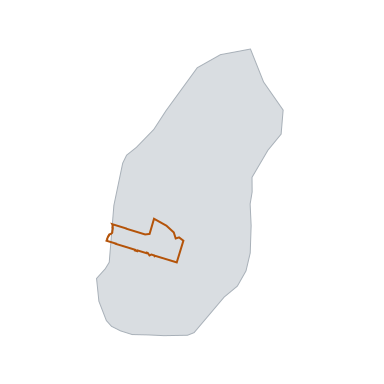 83, Ar Rayyān, Qatar (highlighted), rotated 17°
{"feature_id": "91078587B29732052080276", "entity_name": "83", "entity_type": "district", "adm_level": 2, "iso_a3": "QAT", "parent_name": "Qatar", "parent_adm1": "Ar Rayyān", "projection": "mercator", "projection_center": [50.853, 25.078], "detail": "fine", "context": "in_parent", "style": "outline", "palette": "amber", "viewbox_px": 384, "rotation_deg": 17, "n_neighbors": 0, "source": "geoboundaries", "source_scale": "gbopen_adm2", "svg_char_len": 1770}
<svg xmlns="http://www.w3.org/2000/svg" viewBox="0 0 384 384"><g transform="rotate(17 192 192)"><path d="M207.1,337.6L191.4,341.6L176.5,345.8L164.2,345.7L154.3,344.0L147.7,340.0L134.9,323.7L126.0,302.6L131.5,290.8L133.4,283.4L121.2,227.6L117.3,184.7L118.7,175.9L125.7,165.7L137.2,143.3L143.4,121.7L160.7,71.6L179.1,52.3L206.1,38.2L228.3,65.9L255.2,87.0L260.3,110.6L252.4,129.8L245.1,160.4L249.5,174.4L251.1,186.5L258.4,206.9L265.5,233.3L266.7,251.7L262.9,268.7L253.5,283.0L235.1,325.9L229.6,330.3L207.1,337.6Z" fill="#d9dde1" stroke="#a8b0b8" stroke-width="1"/><path d="M180.9,263.8L198.0,263.8L198.0,241.1L192.9,239.2L190.0,241.2L186.4,236.0L177.4,231.7L163.5,228.7L163.7,244.5L159.6,246.3L139.9,246.3L139.7,246.1L125.1,246.1L125.3,246.3L125.4,246.5L125.6,246.7L125.7,246.9L125.9,246.9L126.1,247.4L126.2,247.6L126.2,248.8L126.3,248.9L126.3,249.1L126.4,249.4L126.6,249.5L126.7,249.8L126.8,249.8L126.8,250.0L127.0,250.3L127.0,250.7L127.1,251.1L127.2,252.3L127.3,252.6L127.3,252.8L127.4,253.3L127.4,253.5L127.5,253.8L127.6,254.0L127.5,254.6L127.4,254.7L127.3,254.9L127.2,255.0L127.0,255.3L126.9,255.5L126.7,255.7L126.6,255.9L126.4,255.9L126.3,256.0L126.1,256.1L125.9,256.4L125.8,256.5L125.6,256.6L125.5,256.8L125.4,257.1L125.3,257.3L125.2,257.3L125.2,257.5L125.3,257.5L125.4,257.9L125.2,258.2L125.1,258.4L125.0,258.5L124.9,258.5L124.8,258.8L124.9,259.1L124.8,259.4L124.8,259.5L124.7,259.6L124.7,259.8L124.8,259.8L124.7,260.4L124.7,260.5L124.6,260.8L124.5,261.4L124.6,261.5L124.8,261.9L124.7,262.5L124.6,262.8L124.5,263.1L124.5,263.6L134.3,263.6L134.3,263.9L154.6,263.9L154.6,264.6L157.0,264.6L157.0,263.8L166.4,263.8L166.4,263.2L167.5,263.2L169.9,265.1L171.4,263.7L174.4,263.7L175.0,264.4L175.7,263.8L180.9,263.8Z" fill="none" stroke="#b45309" stroke-width="2"/></g></svg>